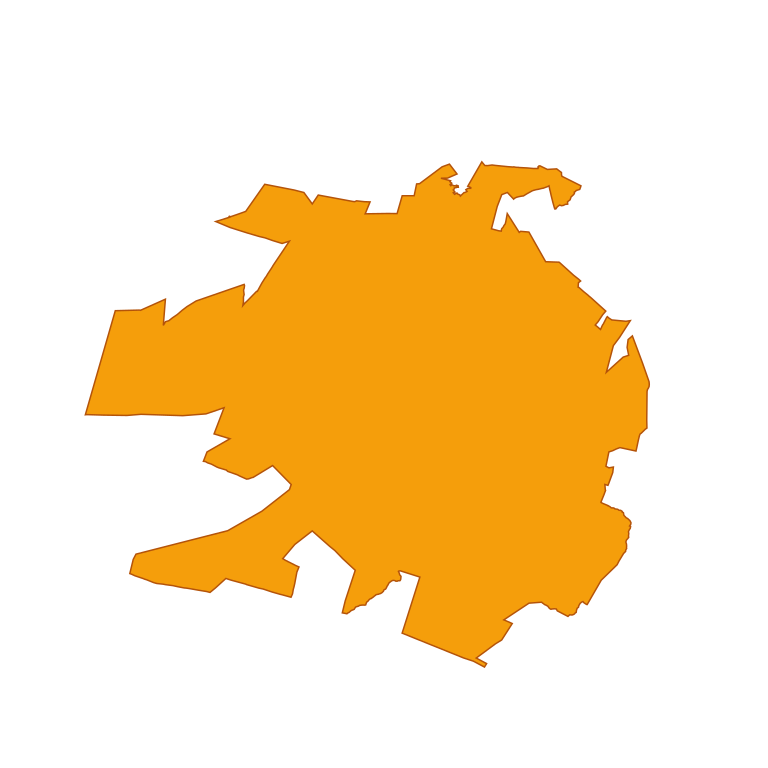 Pueblo Nuevo Solistahuacán, Chiapas, Mexico (Natural Earth projection), rotated 286°
{"feature_id": "50627088B52747419907097", "entity_name": "Pueblo Nuevo Solistahuacán", "entity_type": "district", "adm_level": 2, "iso_a3": "MEX", "parent_name": "Mexico", "parent_adm1": "Chiapas", "projection": "natural_earth1", "projection_center": [-92.879, 17.225], "detail": "fine", "context": "isolated", "style": "filled", "palette": "amber", "viewbox_px": 768, "rotation_deg": 286, "n_neighbors": 0, "source": "geoboundaries", "source_scale": "gbopen_adm2", "svg_char_len": 6147}
<svg xmlns="http://www.w3.org/2000/svg" viewBox="0 0 768 768"><g transform="rotate(286 384 384)"><path d="M130.4,209.6L129.6,217.3L129.6,220.6L130.7,226.8L130.9,229.3L132.0,236.7L132.3,241.7L132.9,248.2L133.3,250.2L133.8,254.3L134.7,262.9L135.6,270.5L135.7,274.2L141.5,278.2L153.5,285.6L153.3,291.0L153.5,306.3L153.3,307.1L153.3,320.1L153.6,324.4L153.2,333.7L153.2,342.1L153.3,343.9L153.4,353.4L157.1,353.9L161.6,353.4L163.9,353.4L167.6,353.2L179.1,352.1L184.7,352.7L185.2,349.1L186.6,341.9L186.8,340.4L187.0,340.2L187.2,338.5L188.2,334.8L205.2,342.5L223.0,355.5L212.9,376.7L210.4,382.6L204.8,392.3L197.0,407.7L164.9,406.5L152.5,407.0L152.9,411.4L152.9,411.7L153.9,412.3L154.7,413.3L157.0,414.8L157.9,415.8L158.7,416.9L159.3,417.5L160.6,417.8L161.9,418.3L163.5,420.8L164.4,421.5L165.3,423.5L165.8,425.0L166.0,426.0L166.3,426.8L166.6,427.3L168.1,427.3L169.6,427.5L170.9,428.5L172.0,428.9L173.0,429.4L174.0,430.3L174.1,430.7L176.5,432.6L177.5,433.2L178.6,434.1L179.1,434.3L179.6,435.0L180.5,436.8L180.9,437.2L181.6,438.4L182.9,439.6L184.7,440.6L185.3,440.6L186.0,440.7L186.7,441.2L186.9,441.7L187.6,442.2L189.5,442.6L190.3,442.6L191.1,443.0L194.0,443.6L194.7,444.0L196.8,445.6L197.6,446.6L197.9,447.4L198.0,448.8L197.7,449.7L198.1,451.1L198.8,451.8L199.0,452.6L199.3,453.5L200.0,453.8L200.9,453.9L203.7,453.4L204.2,452.9L205.0,451.6L206.4,450.8L207.9,449.5L208.1,449.6L208.9,451.1L208.3,471.7L149.5,470.1L142.6,535.9L142.2,546.3L139.6,558.6L143.5,559.7L146.0,548.2L164.9,562.7L170.4,567.7L189.1,573.3L190.3,564.2L213.3,583.8L217.7,595.7L217.1,596.8L217.0,597.4L216.2,599.2L216.2,600.2L216.0,600.7L216.0,601.4L215.6,602.1L215.6,602.8L215.0,603.4L213.9,604.9L213.7,605.5L213.5,606.2L213.5,606.5L213.8,607.2L214.1,607.5L214.3,608.5L214.8,609.3L215.2,611.7L213.7,613.1L211.3,624.9L213.3,626.1L213.8,628.5L214.8,629.9L215.7,630.6L216.8,631.0L217.4,631.7L219.6,631.4L221.7,631.5L223.1,632.5L224.5,632.3L227.2,633.0L228.7,634.0L229.7,635.2L228.8,636.5L227.9,639.5L228.0,640.1L255.3,646.9L274.5,657.9L278.6,658.7L287.1,661.0L289.7,662.4L291.1,662.1L292.7,662.6L293.6,662.2L295.1,661.9L297.0,661.2L298.8,660.0L301.0,660.1L302.3,660.8L304.1,661.5L305.3,660.9L307.8,660.5L309.4,659.7L311.1,659.9L313.2,660.5L315.1,660.3L315.2,659.2L317.4,659.9L318.8,659.6L320.4,658.1L321.9,655.2L322.1,653.8L323.9,650.8L326.3,649.6L326.6,648.2L327.2,648.1L327.8,646.3L327.4,644.7L328.0,643.2L327.6,640.3L328.2,639.1L327.6,636.6L328.4,634.9L328.7,633.3L328.7,632.7L328.9,632.7L329.5,627.5L329.9,625.4L330.1,625.1L338.6,626.0L342.9,626.3L343.3,625.9L348.3,624.0L348.3,627.2L349.9,627.4L361.9,628.3L367.4,627.4L365.4,623.3L366.1,620.0L380.7,618.9L383.0,622.3L385.6,625.2L387.9,628.3L389.0,644.7L391.3,644.6L399.9,644.0L404.2,643.8L406.4,643.9L407.7,644.9L412.5,647.6L414.1,648.9L421.8,646.5L449.4,638.9L451.3,638.8L453.1,639.3L454.7,639.5L456.8,639.1L459.2,638.2L475.3,626.8L498.7,609.5L494.0,606.4L486.2,607.6L479.0,611.3L475.8,606.5L456.5,594.5L484.1,593.9L493.8,597.6L512.8,603.3L511.0,599.3L508.4,585.5L508.4,585.2L508.9,583.6L509.3,582.2L510.3,580.1L509.4,579.7L501.8,578.2L500.9,577.8L496.1,577.1L497.5,574.1L497.9,573.2L498.9,570.8L502.9,572.6L510.8,575.1L515.2,577.1L524.2,558.7L525.1,556.6L525.5,555.9L527.8,550.5L530.2,545.5L530.6,544.6L530.6,543.9L535.0,543.0L537.2,544.6L538.4,542.2L540.8,536.3L549.3,519.0L549.3,518.5L546.1,505.7L570.0,481.4L568.4,473.2L567.0,472.2L581.8,455.5L574.0,456.3L571.3,456.4L569.6,455.7L567.3,455.2L566.1,454.5L565.2,454.3L563.3,454.6L562.9,452.0L562.8,444.5L585.8,443.9L598.5,445.0L602.1,449.8L597.4,457.7L598.3,458.1L600.0,459.9L601.2,461.9L602.6,464.7L603.2,466.2L606.2,468.9L610.5,473.2L611.3,474.3L612.7,476.6L613.7,478.7L615.5,481.8L616.1,483.1L618.9,486.9L620.0,488.0L616.3,489.9L615.2,490.6L611.3,492.7L605.4,496.1L600.2,499.3L600.3,499.6L599.3,500.1L599.7,500.9L602.2,501.8L604.4,503.5L604.3,505.5L605.2,507.3L606.6,508.7L607.5,511.0L609.8,510.2L612.3,512.1L613.6,512.2L615.2,512.2L618.4,514.1L619.6,514.5L620.9,514.0L621.8,515.0L622.9,515.3L625.0,518.5L627.2,518.7L628.8,518.7L632.7,497.8L634.0,497.0L636.2,496.3L638.4,490.7L635.3,481.9L636.7,473.8L636.3,472.8L635.8,472.6L635.3,472.2L634.5,472.4L634.5,472.7L633.6,472.6L632.4,468.5L631.2,462.3L629.3,454.0L629.3,453.5L628.7,451.2L628.5,448.9L628.1,448.1L627.1,443.4L624.8,430.7L624.3,427.5L622.5,423.4L621.8,420.7L624.5,416.8L597.2,410.0L597.2,411.0L596.7,413.3L596.0,413.4L595.2,410.7L593.3,409.1L592.0,410.8L590.4,409.0L590.1,408.2L585.7,405.6L586.7,404.8L587.0,402.3L587.7,401.5L585.8,399.5L586.4,398.8L586.9,397.9L588.1,399.3L589.5,397.3L589.6,397.5L591.6,397.7L591.9,397.6L592.7,399.3L593.2,399.8L593.6,401.2L595.0,400.6L595.0,399.1L594.4,399.4L594.1,397.3L593.8,396.6L594.2,394.4L593.0,393.6L593.8,392.5L594.3,392.8L594.9,393.5L595.7,393.8L596.7,391.5L597.7,391.9L597.6,385.6L597.5,382.0L599.4,388.3L606.0,396.3L613.4,386.3L608.8,380.0L586.4,363.0L585.3,360.2L573.3,361.1L570.0,349.6L551.4,349.6L549.0,340.8L542.4,319.0L555.2,320.4L553.8,314.7L552.5,307.1L551.2,305.6L550.9,303.9L547.5,268.7L537.3,265.4L539.5,262.6L546.0,254.2L545.7,244.1L543.1,214.3L511.8,203.5L509.4,200.2L506.2,195.7L502.5,190.4L502.6,189.1L502.0,188.9L501.7,189.5L493.8,177.5L492.0,192.8L491.5,210.9L491.4,223.5L491.7,229.4L491.2,237.3L491.0,247.3L495.2,253.7L467.3,244.7L466.3,244.5L462.3,243.3L457.9,241.9L454.7,241.1L453.6,240.6L447.5,238.8L438.1,236.7L438.0,236.0L426.1,229.6L423.5,228.0L420.5,226.7L424.1,226.3L428.9,224.9L431.4,224.9L435.1,223.3L436.3,223.1L437.4,223.2L440.2,222.8L441.2,222.1L412.0,180.5L404.1,173.3L399.4,169.8L393.5,165.9L389.3,162.4L385.5,159.7L383.7,156.8L379.5,155.7L405.3,150.5L387.7,129.6L387.8,129.4L387.5,128.1L380.4,105.5L272.1,105.4L272.7,106.9L276.7,122.6L282.9,145.5L287.9,158.8L298.1,199.3L306.2,221.1L317.1,236.8L289.2,234.4L288.9,251.0L269.9,232.6L259.9,231.7L260.2,233.8L259.6,236.1L259.4,240.2L258.1,246.3L257.9,248.3L257.8,256.3L257.5,256.7L256.9,257.9L256.3,268.1L255.8,270.4L254.7,278.1L255.5,280.0L257.7,283.0L258.1,283.9L274.9,299.4L261.8,322.5L256.4,322.2L228.1,301.7L199.9,274.2L152.1,192.5L146.3,191.3L131.7,191.9L131.5,194.5L131.4,194.8L131.0,197.4L130.6,206.2L130.4,207.8L130.4,209.6Z" fill="#f59e0b" stroke="#b45309" stroke-width="1.5"/></g></svg>